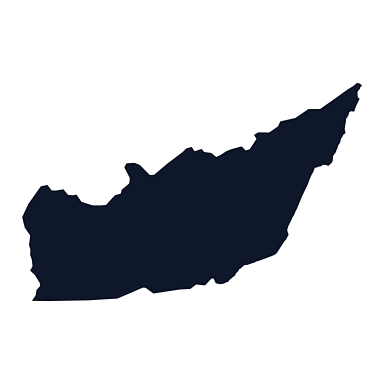 Mbere, Adamaoua, Cameroon (Albers equal-area conic projection)
{"feature_id": "32672807B16068661668461", "entity_name": "Mbere", "entity_type": "district", "adm_level": 2, "iso_a3": "CMR", "parent_name": "Cameroon", "parent_adm1": "Adamaoua", "projection": "albers", "projection_center": [14.525, 6.605], "detail": "fine", "context": "isolated", "style": "filled", "palette": "ink", "viewbox_px": 384, "rotation_deg": 0, "n_neighbors": 0, "source": "geoboundaries", "source_scale": "gbopen_adm2", "svg_char_len": 2648}
<svg xmlns="http://www.w3.org/2000/svg" viewBox="0 0 384 384"><path d="M33.3,300.1L48.5,300.3L87.5,299.6L117.2,297.8L132.6,291.2L142.5,286.9L145.8,287.0L153.6,292.7L180.0,288.7L190.1,288.2L196.0,283.7L204.7,284.6L210.8,278.1L213.8,277.3L216.3,282.6L219.9,283.4L219.9,283.2L222.5,283.1L223.2,283.0L225.1,282.0L227.3,281.3L228.0,280.9L228.3,279.9L232.6,276.3L233.7,275.7L234.6,274.6L235.4,272.7L237.3,271.1L238.3,269.3L238.8,268.5L240.1,267.9L243.6,264.8L244.8,264.2L245.7,264.1L246.6,264.3L254.5,261.7L256.3,260.6L257.4,260.4L259.0,260.0L271.8,255.2L274.5,254.0L276.4,252.3L277.0,251.3L281.0,245.1L284.3,240.1L284.8,239.8L285.7,238.7L286.2,237.4L287.7,235.0L287.7,234.4L286.5,230.7L286.6,228.6L287.3,227.1L287.3,226.4L287.7,225.6L291.4,218.3L291.5,217.4L293.2,215.0L295.1,210.5L295.8,209.2L296.5,208.0L297.3,205.9L301.6,195.5L306.3,185.7L307.6,182.9L308.0,181.2L309.4,177.9L311.5,173.2L311.9,172.9L312.8,171.1L313.9,167.9L314.6,167.0L316.0,166.8L316.4,166.8L318.9,165.8L319.6,165.7L320.6,165.6L322.5,164.2L323.4,164.0L325.0,164.1L327.1,164.5L327.9,165.0L328.6,164.8L331.2,162.2L332.0,160.3L332.2,156.4L332.6,155.3L334.5,152.7L335.3,151.5L335.4,151.1L335.7,149.8L336.9,147.6L337.3,145.3L338.9,143.1L339.5,141.8L340.3,138.3L341.6,136.6L342.8,134.0L344.2,133.3L344.7,132.3L344.5,131.8L343.9,128.8L345.2,121.0L345.2,120.1L345.1,119.2L345.4,118.1L346.6,117.2L346.9,115.7L347.8,115.1L347.8,114.1L348.6,111.8L349.1,111.3L351.6,110.2L352.8,110.8L353.7,110.7L354.1,110.1L353.9,109.4L354.2,108.9L356.0,104.4L358.7,98.9L357.5,98.3L357.1,97.7L356.6,92.3L357.5,90.4L359.2,88.4L359.6,86.8L361.0,85.6L360.6,85.1L359.8,84.9L359.3,84.1L358.2,84.1L357.1,83.7L356.9,84.1L352.9,87.2L347.9,90.2L341.9,94.5L339.4,96.4L321.0,109.3L320.3,109.8L308.7,109.8L296.7,118.0L295.7,118.7L281.5,121.9L280.8,122.1L278.5,127.0L269.3,133.3L258.5,133.1L255.0,135.2L257.5,138.8L250.2,149.9L245.3,151.4L241.6,147.3L240.0,147.6L231.7,149.9L226.7,151.8L221.1,155.6L216.2,157.9L210.9,153.7L203.7,152.7L201.4,149.8L194.2,152.2L191.4,147.8L186.6,149.2L183.4,152.4L174.6,159.1L167.7,164.3L157.4,173.0L154.3,175.6L149.5,175.8L145.2,171.5L139.5,165.7L134.5,163.6L126.9,164.1L125.2,167.4L130.7,178.1L130.0,183.0L129.9,183.8L126.0,187.2L122.4,190.2L121.4,194.3L115.7,195.8L114.1,197.2L106.3,205.8L99.3,206.2L92.3,206.1L81.0,202.5L76.1,195.4L73.0,196.1L67.6,195.6L63.1,190.1L56.0,191.3L51.2,191.2L47.2,185.8L41.3,187.0L40.8,187.8L39.8,189.0L28.9,204.5L23.0,217.2L25.4,227.2L31.0,235.3L29.8,244.8L31.2,249.9L30.9,254.8L32.6,259.6L33.3,266.5L31.1,270.4L35.7,274.8L38.6,279.6L39.8,281.7L40.6,283.0L41.0,286.2L37.2,290.4L36.4,295.7L33.3,300.1Z" fill="#0f172a" stroke="#020617" stroke-width="1.5"/></svg>